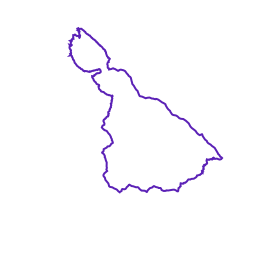 San Antonio, Tolima, Colombia, rotated 302°
{"feature_id": "7082276B18845441418980", "entity_name": "San Antonio", "entity_type": "district", "adm_level": 2, "iso_a3": "COL", "parent_name": "Colombia", "parent_adm1": "Tolima", "projection": "equal_earth", "projection_center": [-75.469, 3.975], "detail": "fine", "context": "isolated", "style": "outline", "palette": "violet", "viewbox_px": 256, "rotation_deg": 302, "n_neighbors": 0, "source": "geoboundaries", "source_scale": "gbopen_adm2", "svg_char_len": 5841}
<svg xmlns="http://www.w3.org/2000/svg" viewBox="0 0 256 256"><g transform="rotate(302 128 128)"><path d="M69.1,155.0L69.5,155.0L71.1,155.9L72.0,155.5L73.2,155.5L74.1,157.4L74.9,158.1L75.6,158.3L77.2,158.3L78.8,158.8L80.2,158.9L80.7,159.3L80.7,161.9L81.3,163.2L82.0,166.3L82.8,167.3L83.0,167.9L83.0,168.5L82.4,170.0L82.1,172.6L83.7,175.5L83.7,177.8L84.1,178.0L85.2,177.7L88.5,178.4L90.6,180.2L91.3,180.2L92.5,180.8L92.7,182.9L93.4,184.9L93.4,185.8L94.3,187.3L94.2,188.0L93.2,189.4L93.5,191.5L94.2,192.7L94.6,192.9L94.8,193.4L95.6,193.8L96.2,195.1L99.4,198.7L100.1,199.7L100.3,200.2L100.5,201.8L100.4,203.3L100.8,203.9L101.3,203.9L103.8,202.7L104.9,203.3L105.7,203.1L106.5,203.5L107.8,202.5L109.0,202.0L109.7,203.8L110.2,204.5L110.8,204.3L111.4,204.7L111.9,205.6L113.9,206.2L116.2,206.4L116.6,206.7L117.3,208.1L118.4,208.7L119.9,210.7L122.4,211.9L123.0,211.8L123.4,212.0L124.3,211.7L125.6,213.1L126.1,213.3L126.4,213.9L127.5,214.1L128.0,214.5L129.1,214.7L129.2,215.0L129.5,214.7L130.2,214.8L130.0,214.1L130.5,214.0L130.8,213.4L131.2,213.5L131.6,214.0L131.9,213.9L133.4,214.0L133.7,213.2L134.7,212.9L135.1,212.3L135.4,212.6L135.7,212.3L136.1,212.6L136.5,212.7L137.0,212.3L137.4,213.1L137.8,212.8L139.4,213.8L140.2,213.7L141.9,211.9L143.2,211.5L143.5,212.8L143.8,212.9L144.2,213.9L145.2,214.2L145.9,216.1L146.3,216.2L146.6,215.7L146.9,215.9L147.1,216.5L147.7,216.0L148.2,216.3L148.2,216.7L147.9,217.4L148.0,218.3L148.8,219.1L149.3,220.2L149.4,221.1L149.9,222.6L151.0,223.5L152.4,223.7L152.6,223.0L152.6,221.4L153.5,219.7L153.7,218.3L154.3,217.5L157.1,212.0L157.3,208.5L157.7,207.0L157.6,204.1L158.2,202.3L158.8,201.7L159.0,199.5L160.7,195.7L161.6,194.7L161.9,194.0L160.0,192.7L159.9,191.2L160.3,189.1L161.3,186.9L161.5,185.5L161.8,182.1L162.3,180.2L164.1,177.1L164.8,173.3L164.9,170.7L164.9,170.1L163.9,168.1L163.5,166.3L164.0,164.2L164.1,162.6L163.9,161.7L163.0,159.5L162.9,158.2L164.1,155.5L164.8,154.6L165.1,152.6L165.6,151.0L167.1,148.1L167.9,147.3L168.0,146.8L168.0,144.7L167.8,143.6L168.1,138.7L167.8,137.0L167.5,136.3L167.0,136.1L166.5,134.9L166.3,133.8L165.6,132.6L165.3,130.4L165.1,129.9L163.8,128.3L162.6,127.2L162.1,123.4L161.3,121.2L161.4,120.7L162.4,119.2L164.6,116.3L164.8,114.7L165.9,112.4L166.9,110.6L167.7,108.2L168.8,107.3L169.7,106.2L172.0,103.9L172.5,102.8L172.5,101.5L172.7,100.5L173.2,99.9L173.6,98.1L174.7,95.5L174.6,93.7L173.7,91.0L172.6,89.9L171.9,89.8L171.2,89.3L171.1,85.4L170.8,84.7L170.8,83.9L170.4,83.4L169.3,82.7L167.6,80.9L168.4,80.3L168.2,79.6L168.5,78.8L170.5,77.5L171.1,76.6L172.9,76.1L173.8,76.7L174.3,76.1L174.6,76.0L177.0,75.9L177.2,75.2L177.2,74.4L177.0,73.8L177.4,73.4L177.5,73.5L177.8,72.2L179.7,69.8L180.6,69.2L180.9,68.1L181.3,68.0L181.9,67.1L181.9,66.5L182.1,66.1L181.9,65.4L182.8,63.4L183.1,61.8L182.9,61.1L183.4,60.6L183.2,59.8L183.5,59.3L183.5,58.4L184.0,57.6L183.9,57.0L184.4,56.1L184.2,55.6L184.9,54.1L184.8,53.3L185.1,52.8L184.9,51.4L185.2,50.6L185.2,49.9L185.4,49.7L185.3,49.1L185.7,48.3L185.8,47.4L186.2,46.8L185.9,45.3L186.2,44.6L186.0,43.4L186.2,42.1L186.4,41.3L186.9,40.8L186.8,39.8L187.2,38.8L187.2,37.0L187.5,36.1L187.3,35.6L186.5,34.6L184.9,34.3L185.6,33.9L186.3,33.0L185.6,32.5L185.4,33.2L185.2,33.5L184.2,33.2L184.2,33.9L184.5,34.4L184.3,34.9L184.4,35.4L184.3,35.7L183.9,35.9L183.3,35.7L182.1,36.7L180.9,38.5L179.1,39.0L178.8,39.8L178.7,39.0L179.5,37.9L179.9,37.8L180.0,37.1L178.9,36.0L178.9,34.4L179.2,34.1L179.2,33.8L178.9,33.3L178.4,33.3L177.7,32.3L176.7,33.0L175.9,33.3L175.6,33.8L175.2,33.9L174.7,34.5L173.6,33.4L172.4,33.5L171.3,32.7L171.3,32.9L171.8,34.2L170.3,34.2L168.8,34.8L168.4,35.2L168.8,35.8L168.7,36.2L168.5,36.4L167.6,36.2L167.2,35.4L167.2,34.9L167.0,35.2L166.5,35.3L166.3,35.6L165.6,35.5L164.8,36.1L164.0,37.4L164.1,37.8L163.5,38.6L162.3,39.0L161.5,40.0L160.5,40.5L160.3,40.3L160.0,40.5L159.9,40.1L159.5,40.6L158.8,40.4L159.4,41.1L159.3,42.3L158.8,42.9L158.4,43.1L158.0,44.1L156.9,45.1L156.9,45.9L156.6,46.5L155.0,48.3L154.8,49.5L154.4,50.1L154.0,51.4L153.7,51.9L153.6,53.7L153.3,54.8L153.6,55.5L153.1,56.9L153.5,58.1L153.2,58.7L153.1,59.5L152.8,60.0L153.2,60.5L153.1,61.2L153.6,61.4L154.5,63.3L154.7,64.6L155.2,65.2L155.3,65.9L155.7,66.1L156.0,65.9L156.4,66.7L157.5,67.4L158.1,68.1L158.3,68.5L158.9,68.7L159.1,69.2L160.9,70.7L161.0,71.3L161.5,71.4L162.0,72.1L162.5,72.1L162.8,72.6L162.6,72.8L162.5,73.8L161.6,74.9L160.7,75.2L159.4,74.6L158.8,73.9L158.2,72.9L157.9,72.9L157.6,72.5L157.0,72.2L156.2,72.2L155.5,71.7L155.0,71.8L154.7,71.4L154.3,71.6L154.0,71.6L153.7,71.2L153.4,71.1L153.0,70.1L152.0,70.8L151.0,73.0L150.2,73.8L150.1,74.4L149.7,75.2L149.7,76.3L148.8,77.9L148.8,78.8L149.1,80.0L149.1,80.7L148.4,81.3L147.4,81.1L145.7,82.9L145.4,84.8L144.8,85.7L145.0,86.7L145.6,88.3L145.2,90.1L145.3,91.1L145.1,92.1L145.6,93.7L145.7,94.5L146.1,94.9L146.4,97.2L147.1,97.5L147.0,97.9L146.7,98.1L145.3,98.2L144.7,99.1L143.9,99.2L143.4,99.6L142.7,99.4L142.2,100.1L141.3,100.2L140.6,100.8L139.6,100.5L139.1,101.2L138.6,101.3L138.3,101.8L136.9,102.1L136.5,102.6L135.1,102.4L134.3,102.8L133.9,102.6L132.7,103.3L131.0,102.8L130.1,103.4L129.9,104.2L128.6,104.2L128.3,104.4L128.2,104.8L127.2,104.9L126.9,104.5L126.1,104.0L124.5,104.0L124.0,103.6L123.5,103.7L122.2,103.1L121.8,103.3L120.9,103.4L119.4,105.6L118.2,106.2L116.5,105.2L114.6,105.5L114.1,106.9L113.9,108.2L113.9,109.0L113.7,109.2L114.0,110.3L114.2,111.6L112.9,114.7L112.8,115.7L111.5,118.1L111.0,118.4L109.9,120.3L109.0,120.8L108.9,121.3L107.7,122.8L107.0,123.0L105.9,122.2L103.8,122.2L102.7,121.9L101.5,120.4L100.1,120.3L97.2,118.6L95.4,119.5L94.8,119.5L93.6,119.0L93.2,119.4L93.1,121.2L92.3,122.7L91.8,123.4L91.0,123.6L90.4,124.7L88.7,126.5L87.5,128.2L84.1,130.2L83.0,131.2L81.3,131.7L80.5,133.1L77.1,132.0L75.5,132.0L74.6,132.4L74.1,133.1L73.7,134.6L72.0,136.4L70.6,140.7L68.6,142.9L68.5,143.9L69.4,146.2L69.4,148.2L69.8,150.5L69.8,151.4L69.2,153.4L69.1,155.0Z" fill="none" stroke="#5b21b6" stroke-width="2"/></g></svg>